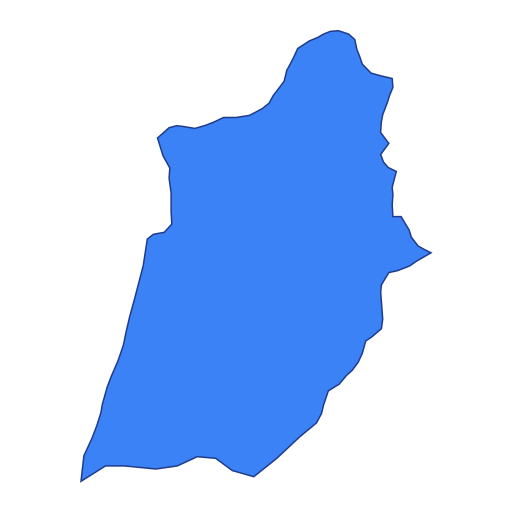 outline of Diorios, Cyprus
{"feature_id": "46923920B66967696615816", "entity_name": "Diorios", "entity_type": "district", "adm_level": 2, "iso_a3": "CYP", "parent_name": "Cyprus", "parent_adm1": "", "projection": "orthographic", "projection_center": [33.034, 35.3], "detail": "fine", "context": "isolated", "style": "filled", "palette": "blue", "viewbox_px": 512, "rotation_deg": 0, "n_neighbors": 0, "source": "geoboundaries", "source_scale": "gbopen_adm2", "svg_char_len": 1402}
<svg xmlns="http://www.w3.org/2000/svg" viewBox="0 0 512 512"><path d="M316.5,422.9L321.5,413.5L323.5,405.3L328.3,390.9L339.2,384.1L346.7,375.2L352.1,370.4L358.2,362.2L362.3,353.3L365.7,341.0L371.8,336.9L381.4,328.7L382.7,319.1L382.1,310.9L381.4,302.0L380.7,292.4L381.4,284.9L388.8,272.6L397.7,270.6L409.9,265.8L416.7,261.0L431.0,252.8L424.2,249.4L418.1,246.0L411.3,237.1L409.2,230.2L401.1,216.6L392.9,216.6L392.2,205.0L392.9,194.7L392.2,187.2L396.3,171.5L388.1,167.4L383.4,161.9L380.7,154.4L388.8,143.4L380.6,132.5L381.3,122.3L382.7,114.7L387.4,102.4L389.5,95.6L392.9,87.4L392.2,78.5L380.6,75.8L371.1,73.1L362.3,64.2L359.5,56.0L356.8,49.2L354.8,39.6L348.7,34.1L338.5,30.7L330.3,31.4L323.5,34.1L317.4,37.6L309.2,41.0L297.7,48.5L294.3,56.0L290.9,62.8L286.8,70.3L284.1,81.3L277.9,89.5L273.2,95.6L269.1,103.1L262.3,108.6L249.4,115.4L235.8,117.5L223.5,117.5L213.3,122.3L204.5,125.7L194.9,128.4L182.7,126.4L176.6,125.7L169.1,127.7L157.5,138.0L163.0,155.7L169.8,168.0L169.1,178.3L171.1,192.7L171.1,211.1L171.8,224.1L164.3,232.3L153.4,234.3L147.3,239.1L143.2,265.8L135.0,297.2L129.6,317.0L126.2,331.4L123.4,345.1L118.0,360.8L111.2,376.5L107.1,387.4L102.3,404.5L100.9,412.7L96.8,425.7L92.1,438.0L83.9,455.8L81.0,481.3L105.5,465.9L123.8,465.9L155.9,469.0L177.3,465.9L197.2,456.7L215.6,458.3L232.4,470.6L253.8,476.7L276.8,458.3L299.7,436.8L316.5,422.9Z" fill="#3b82f6" stroke="#1e3a8a" stroke-width="1.5"/></svg>